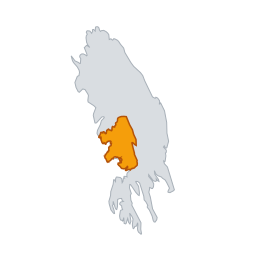 Norðurland vestra highlighted on a map of Iceland, rotated 255°
{"feature_id": "ISL-697", "entity_name": "Norðurland vestra", "entity_type": "Region", "adm_level": 1, "iso_a3": "ISL", "parent_name": "Iceland", "parent_adm1": "", "projection": "robinson", "projection_center": [-19.727, 65.454], "detail": "fine", "context": "in_parent", "style": "filled", "palette": "amber", "viewbox_px": 256, "rotation_deg": 255, "n_neighbors": 0, "source": "natural_earth", "source_scale": "10m", "svg_char_len": 8285}
<svg xmlns="http://www.w3.org/2000/svg" viewBox="0 0 256 256"><g transform="rotate(255 128 128)"><path d="M194.4,95.6L196.6,95.7L200.2,94.8L205.3,92.3L207.4,91.8L212.4,91.8L206.5,94.2L204.3,96.9L202.7,98.2L202.7,98.7L207.1,100.3L209.1,99.8L210.0,100.0L210.9,100.8L211.5,102.3L211.2,103.9L210.0,105.4L208.4,106.7L208.6,107.2L210.0,107.4L217.0,106.6L217.9,108.5L218.6,109.1L218.4,109.8L215.7,111.9L218.9,110.6L221.5,110.2L226.0,110.8L227.9,111.6L229.0,112.9L231.3,112.5L232.3,113.3L232.4,114.1L231.5,116.3L228.9,117.4L230.6,118.9L231.9,119.0L232.2,119.3L232.1,120.3L230.1,121.4L233.5,122.6L234.0,123.1L233.8,124.5L233.3,125.3L232.3,125.8L229.9,125.8L228.4,126.4L228.9,127.3L228.6,129.8L226.7,131.8L225.0,132.9L223.2,133.6L218.3,132.8L218.6,134.6L216.9,135.7L217.2,136.6L217.9,137.1L217.6,138.2L215.4,140.6L213.9,141.4L210.8,142.4L206.3,144.5L201.7,144.5L190.5,147.7L186.1,149.4L178.2,154.4L174.8,155.8L169.1,156.4L151.7,159.7L149.8,161.7L149.7,162.2L150.5,162.9L149.2,164.4L146.6,165.4L145.3,165.4L143.1,164.5L142.9,164.9L143.8,166.0L135.2,167.7L123.4,166.8L113.0,164.3L104.7,163.8L98.9,160.4L98.7,159.9L99.3,158.8L101.4,158.4L100.4,157.3L96.9,159.2L95.8,159.1L94.3,158.4L94.2,157.7L91.3,157.4L86.2,155.2L85.9,154.7L87.1,154.0L86.8,153.8L84.1,153.9L80.1,156.0L56.3,156.8L55.6,155.7L54.7,151.8L55.5,150.1L56.5,150.2L59.2,152.5L65.6,151.2L68.2,150.4L70.6,148.3L72.0,147.6L74.0,144.8L75.9,143.2L80.0,142.4L76.4,141.9L70.4,144.1L68.4,144.1L69.3,143.1L71.4,142.1L70.0,142.0L69.4,141.5L69.4,140.5L70.5,138.8L77.6,135.9L75.9,135.4L71.0,137.6L67.4,138.4L64.6,137.4L63.2,136.0L63.3,135.4L65.0,133.6L64.8,133.3L63.6,133.1L60.5,131.5L55.6,131.7L43.4,130.8L34.1,133.0L31.9,132.0L30.1,129.8L30.5,128.9L32.2,128.4L36.7,128.5L43.3,127.4L46.4,126.1L47.6,126.5L48.1,127.1L52.2,126.1L54.4,125.0L58.1,125.6L71.8,125.0L73.7,123.6L74.4,121.9L74.1,121.5L69.0,123.1L67.9,123.0L62.0,122.2L59.9,121.3L60.6,120.5L63.8,118.9L71.7,116.2L72.8,115.7L73.0,115.1L69.8,113.9L63.9,114.2L62.4,112.9L57.5,112.1L54.3,112.6L52.5,111.7L33.1,116.0L26.9,114.1L22.4,113.7L22.0,113.1L24.7,111.2L26.5,110.9L28.3,111.1L31.7,112.4L34.0,112.8L31.1,110.8L31.1,109.0L30.2,108.5L29.3,107.3L29.7,106.9L33.2,107.1L38.8,109.3L41.6,108.9L45.3,107.5L37.2,106.7L34.8,105.0L36.6,104.2L40.7,104.3L36.2,101.4L36.0,100.9L36.8,99.6L42.6,100.7L39.6,99.0L39.5,98.6L40.4,98.3L40.9,97.2L42.4,96.8L45.3,97.1L49.8,99.1L50.4,99.7L50.6,101.7L52.4,101.4L54.5,101.7L56.3,100.3L57.5,100.6L58.4,101.9L58.3,104.6L59.5,103.6L61.6,103.6L62.0,101.3L61.7,99.5L54.8,97.5L52.1,96.0L52.4,95.5L53.8,95.0L61.0,94.7L57.9,93.8L57.2,92.9L51.7,93.2L48.9,92.9L48.9,92.4L50.0,91.7L53.4,90.3L59.7,90.2L62.2,90.6L67.1,93.6L71.0,94.9L77.5,99.1L81.6,100.7L81.8,101.1L81.1,101.5L79.5,102.1L82.0,102.8L83.5,103.9L83.6,104.4L82.2,107.7L80.6,108.8L76.7,108.2L77.6,109.2L80.4,110.4L81.0,111.0L80.5,111.6L81.9,111.4L82.3,111.8L81.7,113.7L81.0,114.4L83.3,114.8L84.9,115.7L86.8,119.6L87.8,116.6L88.4,115.5L89.4,115.1L90.5,112.1L93.2,110.3L95.6,109.7L98.1,111.8L99.9,112.0L101.8,108.3L102.1,105.6L101.5,102.6L101.9,100.5L103.1,99.2L104.7,98.8L108.2,100.1L111.1,103.0L115.5,106.2L118.6,107.1L119.1,107.0L119.7,105.9L119.2,101.7L120.6,99.4L124.2,98.9L129.7,96.8L130.9,96.7L133.6,97.9L138.5,102.2L142.0,104.2L143.8,107.3L144.6,107.9L145.4,106.9L145.4,105.5L141.2,99.0L141.1,98.1L141.5,97.4L149.0,97.7L150.7,98.4L155.9,102.2L158.5,100.7L163.5,96.2L165.2,96.4L169.6,98.2L171.3,98.0L176.3,96.4L177.4,94.4L175.1,90.2L176.0,89.3L180.6,88.3L185.7,88.5L191.0,92.4L191.3,94.2L194.4,95.6Z" fill="#d9dde1" stroke="#a8b0b8" stroke-width="1"/><path d="M87.6,122.0L87.8,121.9L88.0,121.6L87.7,121.0L87.7,120.6L87.6,120.4L87.4,120.1L87.1,119.7L86.9,119.5L87.2,119.2L87.3,119.2L87.4,118.8L87.6,118.7L87.9,118.1L87.9,117.8L87.5,115.9L87.4,115.1L87.7,114.7L88.3,114.9L88.7,115.4L89.2,116.4L89.8,117.0L90.0,117.4L90.7,117.5L90.9,117.6L91.1,117.4L90.6,116.9L90.1,116.1L89.8,115.3L89.6,114.6L89.6,114.0L89.6,113.6L89.7,113.2L89.8,113.1L90.0,112.8L90.1,112.7L90.3,112.0L90.3,111.8L90.9,111.2L93.1,110.3L94.3,109.4L94.7,109.3L95.1,109.3L95.3,109.2L95.4,108.9L95.7,108.9L95.8,109.0L96.2,109.3L96.3,109.3L96.5,109.3L96.7,109.5L96.3,110.6L96.3,111.1L96.4,111.5L96.2,111.9L96.2,112.4L96.4,112.6L96.8,112.5L96.6,112.1L96.7,111.7L96.9,111.5L97.4,111.7L97.5,111.8L97.6,112.1L97.6,112.4L97.5,112.6L97.5,112.9L97.9,113.0L98.0,113.0L98.2,113.4L98.3,113.6L98.6,113.7L98.8,113.8L99.0,113.9L99.5,113.9L99.9,113.7L100.1,113.4L100.2,113.1L100.4,112.5L100.2,112.4L99.9,112.1L99.7,112.0L99.0,112.0L98.7,112.0L98.4,111.8L99.1,111.7L99.7,111.7L99.9,111.6L100.5,111.4L100.8,111.3L101.0,111.6L100.9,112.7L101.2,113.0L101.1,112.6L101.3,112.3L101.4,112.0L101.2,111.7L101.4,111.3L102.1,110.9L102.4,110.6L102.4,110.4L102.5,110.0L102.6,109.8L102.7,109.7L103.1,109.7L103.5,109.6L103.1,109.6L102.8,109.3L102.8,108.9L103.0,108.8L103.3,108.7L103.5,108.4L103.6,108.1L103.6,107.7L103.5,107.0L103.1,106.4L102.6,106.0L102.2,105.7L102.7,105.3L102.5,104.5L102.0,103.7L101.3,102.9L101.1,102.6L101.0,101.8L100.9,101.4L100.7,101.0L100.4,100.8L100.1,100.6L100.4,100.3L100.7,99.9L100.8,99.5L100.5,99.2L100.9,99.0L101.4,99.0L102.2,99.0L102.3,99.0L102.7,98.8L102.9,98.7L103.1,98.7L103.8,98.7L104.2,98.6L104.9,98.1L105.2,98.0L106.1,98.2L106.3,98.2L106.6,98.2L107.0,98.0L107.1,98.6L107.3,98.9L107.7,99.1L108.1,99.2L108.0,99.4L108.2,99.5L108.4,99.7L108.5,100.1L108.8,100.4L109.6,101.3L109.7,101.5L109.8,101.7L109.9,101.8L110.1,101.9L110.0,102.0L109.9,102.2L109.9,102.3L110.2,102.6L110.7,102.9L111.1,103.2L111.0,103.6L111.4,103.8L112.4,103.9L113.2,104.2L113.4,104.2L113.7,104.2L113.9,104.4L114.0,104.5L114.4,104.5L114.5,104.7L114.5,104.9L114.6,105.0L115.0,105.7L115.2,105.9L115.2,106.2L115.3,106.9L115.5,107.1L115.9,107.4L116.9,107.6L117.3,107.9L117.4,107.4L117.5,107.2L118.1,107.2L118.2,107.3L118.5,107.5L118.8,107.6L119.4,107.6L119.2,107.6L119.0,107.8L119.1,108.0L119.6,107.9L119.8,107.8L120.0,107.4L120.2,106.7L120.3,106.0L120.3,105.4L120.2,104.8L119.9,104.2L119.4,103.3L119.3,103.1L118.2,102.5L118.2,102.3L118.2,102.0L118.4,101.8L118.6,101.8L119.0,101.7L119.4,101.6L119.7,101.4L120.0,101.1L119.8,101.0L119.6,100.8L119.5,100.5L119.3,100.0L119.3,99.9L119.6,99.6L119.9,99.4L121.0,99.1L123.6,98.9L124.5,99.2L125.0,99.3L124.9,98.9L125.1,98.8L125.2,98.7L125.4,98.7L125.6,98.7L125.5,98.8L125.4,99.0L125.8,99.1L126.5,99.5L126.9,99.5L126.6,99.4L126.3,99.1L126.2,98.9L126.4,98.9L126.4,98.7L126.2,98.7L126.0,98.4L126.1,98.2L126.3,97.6L126.5,97.4L127.5,97.8L127.8,98.1L128.1,98.6L128.7,99.3L129.0,99.5L130.6,100.5L130.8,100.8L130.8,101.0L130.5,101.2L130.4,101.2L130.4,101.3L130.3,101.5L130.3,101.8L130.2,101.9L130.2,102.0L129.9,102.1L129.8,102.3L130.2,102.4L130.4,102.6L130.6,102.7L130.7,102.8L130.7,103.1L130.7,103.3L130.7,103.5L130.5,103.8L130.0,104.2L129.9,104.3L129.7,104.4L128.8,104.4L128.7,104.5L128.4,104.7L128.4,104.8L128.3,105.0L128.3,105.3L128.4,105.6L128.6,105.7L129.4,106.0L130.3,106.5L130.7,106.6L130.9,106.7L131.1,106.8L131.4,107.3L131.5,107.5L131.5,107.8L131.4,108.0L131.5,108.2L131.6,108.3L131.8,108.4L131.9,108.5L132.0,108.7L132.0,108.9L131.9,109.0L131.0,109.5L130.9,109.6L130.7,109.8L130.7,110.1L130.6,110.3L130.4,110.5L130.3,110.8L130.2,110.9L130.1,111.0L129.8,111.2L129.7,111.2L129.7,111.3L129.7,111.5L129.8,111.7L130.0,111.8L130.3,111.8L130.6,112.0L130.9,112.3L131.0,112.3L131.8,112.4L131.9,112.5L132.2,112.6L132.7,112.8L132.9,113.0L133.3,113.2L133.4,113.3L133.5,113.4L133.5,113.5L133.4,113.6L133.3,113.8L132.9,114.1L132.8,114.3L132.8,114.5L132.7,114.7L132.7,114.8L132.5,115.0L132.4,115.2L132.4,115.4L132.5,115.5L133.0,115.7L133.2,115.8L133.5,116.0L133.8,116.5L134.0,116.9L134.2,117.0L134.4,117.1L135.8,117.2L135.9,117.3L136.1,117.4L136.2,117.7L136.5,118.5L136.7,118.9L137.0,119.2L137.9,119.8L139.5,120.3L139.8,120.5L140.1,120.8L140.3,121.0L140.5,121.6L140.7,122.5L140.8,123.8L140.8,124.5L140.7,125.0L140.6,125.5L140.2,127.2L139.4,129.3L130.7,130.4L125.2,131.8L120.3,131.8L115.2,132.7L114.6,132.7L114.1,132.6L109.1,131.4L110.2,130.3L112.4,128.9L112.6,128.8L112.7,128.5L112.7,128.3L112.7,128.2L112.6,127.9L112.4,127.9L106.6,127.7L102.0,127.7L101.1,127.4L100.8,127.4L94.5,128.4L94.2,128.4L93.4,128.0L93.2,127.9L91.6,127.9L91.3,127.8L89.7,127.2L89.5,126.9L89.2,126.5L89.1,126.2L88.8,125.3L88.3,124.6L88.0,124.2L87.8,123.9L87.8,123.7L87.8,123.4L87.8,123.0L87.8,122.6L87.6,122.2L87.6,122.0Z" fill="#f59e0b" stroke="#b45309" stroke-width="1.5"/></g></svg>